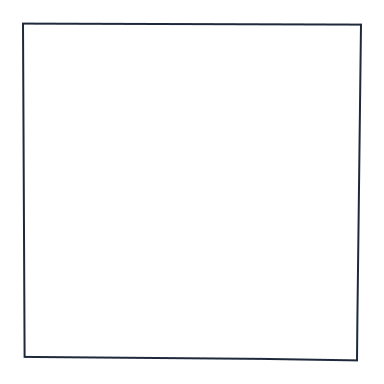 the district of Young, Texas, United States of America
{"feature_id": "52423323B23202152143639", "entity_name": "Young", "entity_type": "district", "adm_level": 2, "iso_a3": "USA", "parent_name": "United States of America", "parent_adm1": "Texas", "projection": "robinson", "projection_center": [-98.597, 33.175], "detail": "fine", "context": "isolated", "style": "outline", "palette": "slate", "viewbox_px": 384, "rotation_deg": 0, "n_neighbors": 0, "source": "geoboundaries", "source_scale": "gbopen_adm2", "svg_char_len": 207}
<svg xmlns="http://www.w3.org/2000/svg" viewBox="0 0 384 384"><path d="M357.4,318.3L361.0,24.6L23.0,23.6L24.6,356.9L262.8,358.9L357.0,360.4L357.4,318.3Z" fill="none" stroke="#1e293b" stroke-width="2"/></svg>